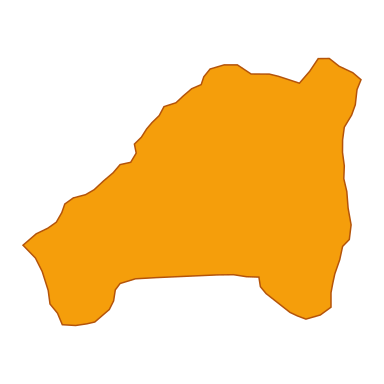 União Paulista, São Paulo, Brazil
{"feature_id": "56859067B29027932517440", "entity_name": "União Paulista", "entity_type": "district", "adm_level": 2, "iso_a3": "BRA", "parent_name": "Brazil", "parent_adm1": "São Paulo", "projection": "mercator", "projection_center": [-49.89, -20.889], "detail": "fine", "context": "isolated", "style": "filled", "palette": "amber", "viewbox_px": 384, "rotation_deg": 0, "n_neighbors": 0, "source": "geoboundaries", "source_scale": "gbopen_adm2", "svg_char_len": 1102}
<svg xmlns="http://www.w3.org/2000/svg" viewBox="0 0 384 384"><path d="M23.0,245.2L35.4,258.0L42.2,271.5L48.2,290.4L50.0,304.0L57.5,313.2L62.3,324.7L75.6,325.5L87.0,323.8L94.8,322.0L109.3,309.5L113.6,300.9L115.3,289.9L120.1,283.5L135.4,278.8L156.4,277.6L217.3,274.9L233.6,274.7L246.4,276.7L258.9,277.1L260.4,286.7L266.1,293.6L281.1,305.4L290.0,312.4L297.4,315.9L305.9,319.1L320.3,315.0L331.0,307.2L331.0,292.7L332.8,283.1L334.8,273.9L339.7,259.8L342.6,246.4L349.3,239.5L351.1,224.9L348.1,208.1L346.8,191.5L343.8,178.7L344.3,165.9L342.5,152.3L342.6,139.9L344.3,127.2L351.6,115.1L355.3,104.8L357.0,89.6L361.0,79.7L352.8,72.7L339.2,66.3L329.3,58.5L318.2,58.6L309.7,71.3L299.4,83.2L288.2,79.5L278.4,76.3L269.4,74.1L251.1,74.0L237.4,64.9L224.1,64.9L210.1,69.0L203.8,76.8L201.2,84.6L191.7,88.7L183.2,96.0L175.9,102.8L164.0,106.6L159.2,115.6L152.0,122.6L146.6,129.0L141.4,137.2L134.4,144.1L136.2,153.1L130.7,162.3L120.1,164.6L113.1,172.8L103.8,180.7L94.0,189.8L85.5,194.7L73.3,197.9L64.8,204.0L61.8,212.6L56.3,222.2L47.8,228.2L36.2,233.8L23.0,245.2Z" fill="#f59e0b" stroke="#b45309" stroke-width="1.5"/></svg>